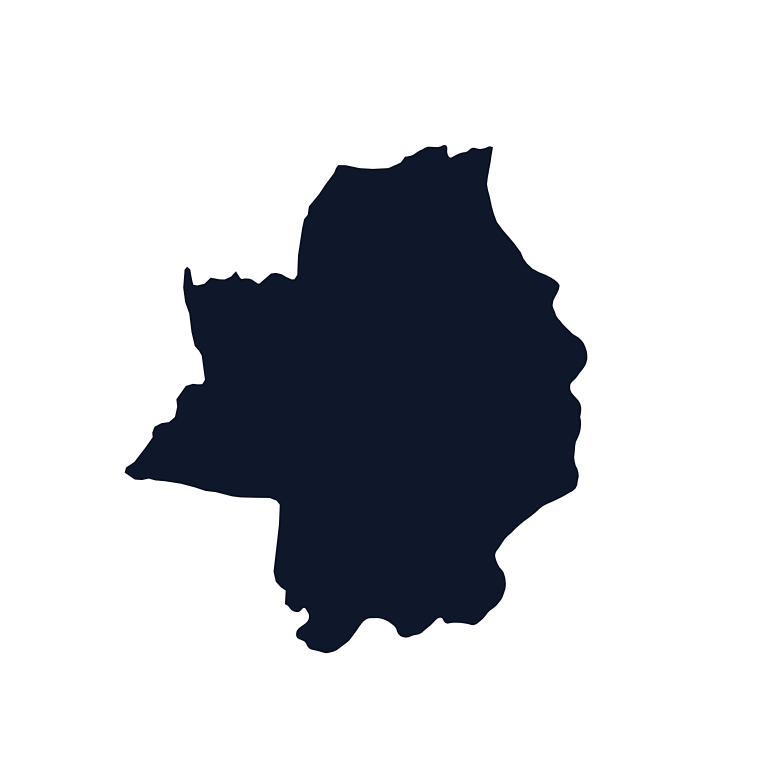 outline of Los Cerrillos, Canelones, Uruguay, rotated 219°
{"feature_id": "84410073B16408849158575", "entity_name": "Los Cerrillos", "entity_type": "district", "adm_level": 2, "iso_a3": "URY", "parent_name": "Uruguay", "parent_adm1": "Canelones", "projection": "natural_earth1", "projection_center": [-56.396, -34.629], "detail": "fine", "context": "isolated", "style": "filled", "palette": "ink", "viewbox_px": 768, "rotation_deg": 219, "n_neighbors": 0, "source": "geoboundaries", "source_scale": "gbopen_adm2", "svg_char_len": 6039}
<svg xmlns="http://www.w3.org/2000/svg" viewBox="0 0 768 768"><g transform="rotate(219 384 384)"><path d="M509.9,573.7L509.5,566.5L515.8,554.1L527.6,543.5L538.5,535.7L551.0,529.3L556.6,524.9L556.4,521.8L554.8,516.5L554.6,510.6L554.3,502.3L553.2,490.7L553.3,474.7L549.0,467.8L549.0,461.9L544.9,453.8L531.2,430.4L521.9,417.9L519.3,414.5L518.7,408.5L521.4,406.4L527.2,404.9L532.1,404.2L537.4,401.8L540.6,398.4L541.8,391.8L543.3,383.3L545.2,381.8L548.2,381.6L552.3,381.3L554.8,380.3L557.8,378.1L560.2,375.2L562.7,375.1L566.3,376.3L569.3,377.4L569.7,371.0L572.9,364.6L576.8,361.5L584.9,357.0L585.8,348.7L590.6,342.5L594.6,340.2L598.1,342.7L603.1,346.9L606.9,350.3L610.1,350.4L610.1,347.4L608.5,345.2L606.4,342.2L600.2,333.1L589.6,323.1L579.2,316.8L565.8,303.8L554.6,295.1L548.4,294.1L543.1,292.0L531.5,281.0L525.1,275.1L524.3,269.2L528.1,265.9L532.1,263.3L536.0,257.5L535.0,241.8L529.8,236.7L524.9,226.9L526.4,218.7L531.6,213.2L534.6,206.3L532.8,200.7L529.5,197.4L528.6,182.9L528.2,166.2L531.1,156.8L529.3,152.7L517.7,153.7L512.2,157.6L507.8,163.1L501.5,165.8L493.2,171.4L479.2,179.5L465.8,185.5L455.9,189.2L447.3,194.6L431.5,201.9L424.6,206.2L413.6,214.6L401.5,224.2L394.1,226.5L388.6,225.3L376.7,209.3L368.7,196.8L359.4,182.1L351.2,169.2L343.4,163.0L336.3,161.9L330.0,162.4L322.1,151.4L320.6,151.7L318.9,151.9L316.9,151.5L315.9,151.2L314.8,151.0L313.8,150.9L312.5,151.0L310.9,151.3L309.8,151.9L308.7,152.5L307.8,153.2L307.2,154.2L306.9,155.4L306.8,157.1L306.8,158.6L306.4,159.6L305.7,160.4L304.6,160.9L303.4,160.8L301.8,160.3L300.2,159.6L298.6,159.1L297.3,158.5L295.9,157.3L294.8,155.9L293.9,154.1L293.4,151.7L293.5,149.6L293.9,147.4L294.4,145.6L295.0,143.7L295.6,141.3L295.8,139.5L295.7,137.4L294.9,135.6L293.7,134.0L292.4,133.1L290.9,132.8L289.5,133.1L288.3,133.4L286.6,133.9L285.1,134.4L283.8,134.6L282.4,134.4L280.6,133.9L279.1,133.0L277.3,132.4L276.0,132.3L275.0,132.3L273.5,132.7L271.6,133.6L269.8,134.5L268.0,135.4L266.3,136.2L264.2,137.0L262.7,137.7L261.3,138.2L260.1,139.0L259.9,139.1L258.9,140.1L257.8,141.5L256.8,142.9L255.7,144.4L254.7,146.1L253.8,148.1L250.8,160.3L250.4,162.4L250.4,165.0L250.5,167.1L250.6,170.1L250.7,173.2L251.0,176.9L251.3,180.5L251.4,184.0L251.3,186.4L250.7,189.2L250.1,191.0L248.9,192.8L247.3,194.4L244.9,196.3L243.0,198.0L240.9,199.5L238.5,200.7L236.3,201.6L233.5,202.4L230.8,202.9L228.2,203.1L226.0,203.1L223.7,203.1L220.5,202.4L217.7,200.5L215.2,199.4L212.7,199.2L210.4,199.9L208.0,201.2L206.4,202.8L205.1,204.9L203.7,207.5L201.5,210.0L199.7,212.3L198.8,214.8L198.2,218.5L197.5,222.1L196.6,226.1L196.3,229.9L196.0,233.6L195.4,236.1L194.3,237.8L193.2,238.8L191.6,239.3L189.7,238.9L188.0,238.0L186.2,237.7L184.3,238.3L182.7,240.3L180.8,242.3L177.6,244.9L175.0,246.9L171.6,249.0L167.3,251.4L164.9,252.3L163.1,253.6L161.7,256.0L161.0,259.1L160.1,263.9L160.0,268.1L160.2,271.6L159.8,274.6L159.2,276.9L158.6,279.1L158.0,282.0L157.9,285.1L157.9,287.8L158.0,289.1L158.0,290.4L158.4,292.6L159.5,295.8L160.4,298.2L161.7,301.4L163.0,303.4L164.4,305.2L167.1,308.0L169.4,309.9L172.9,312.2L176.2,313.1L179.1,313.5L180.7,314.2L183.2,315.2L187.0,317.4L190.1,319.8L191.5,322.1L192.2,324.4L192.3,328.5L192.7,332.7L193.0,335.2L193.3,340.0L193.0,343.9L192.2,347.9L191.8,351.5L191.5,354.7L190.8,359.3L189.6,365.6L188.3,370.3L187.2,374.7L186.1,379.9L185.3,385.7L184.3,389.5L182.7,393.3L180.6,397.3L178.0,402.6L176.0,406.9L174.1,411.3L172.4,416.0L170.9,419.3L170.6,421.3L170.2,423.0L170.9,426.6L173.1,430.3L175.2,434.4L177.8,437.0L180.7,439.1L184.1,440.6L186.9,442.7L187.4,443.1L190.7,446.2L194.2,451.6L197.0,455.6L199.2,459.5L200.1,463.4L201.4,468.0L203.5,472.4L205.9,476.0L208.6,479.1L211.4,481.3L212.7,483.9L214.6,486.9L216.4,489.2L218.8,491.1L220.9,492.2L223.3,492.9L227.0,493.5L230.4,494.0L233.1,494.6L235.8,496.0L237.7,497.8L239.5,500.4L239.9,502.0L239.9,504.3L239.5,506.8L239.3,508.9L239.3,511.6L239.6,514.9L239.6,518.3L239.7,521.8L240.0,524.8L240.9,527.7L242.4,531.0L245.0,534.1L247.3,536.3L251.1,538.8L254.6,540.6L257.7,541.4L262.0,541.8L265.7,541.3L269.1,540.9L272.9,541.3L276.5,541.6L280.2,542.0L283.3,542.4L286.7,543.2L290.5,543.7L293.7,544.9L297.3,547.1L300.9,549.0L303.1,550.7L305.6,555.1L306.6,559.6L307.4,563.7L308.3,567.2L310.1,570.5L313.2,571.5L317.2,571.5L321.3,571.0L327.3,569.7L334.0,567.6L341.1,566.3L349.2,566.9L355.3,568.7L360.8,571.7L371.0,574.4L379.8,576.1L388.4,577.6L398.6,580.3L406.8,585.2L412.7,589.5L415.3,591.6L420.5,595.8L423.5,598.0L425.0,599.0L425.5,599.4L429.5,602.9L430.3,603.6L434.0,609.5L435.2,611.7L437.8,616.4L438.6,617.9L441.2,622.7L444.5,628.2L447.7,633.9L448.7,635.7L450.6,634.9L451.6,633.8L451.9,633.2L452.2,632.6L452.6,631.6L453.1,630.8L453.6,630.1L454.2,629.3L454.7,628.7L455.2,628.1L455.8,627.5L456.3,626.9L456.8,626.4L457.3,626.0L457.8,625.7L458.4,625.4L459.2,625.1L459.7,624.8L460.3,624.6L460.9,624.3L461.6,624.0L462.1,623.7L462.6,623.3L463.0,622.9L463.5,622.3L463.8,621.8L464.0,621.2L464.2,620.5L464.3,620.0L464.3,619.4L464.5,618.6L464.7,617.8L464.9,617.0L465.3,616.2L465.7,615.5L466.1,614.9L466.6,614.4L467.2,613.8L467.7,613.3L468.2,612.7L468.7,612.0L469.1,611.4L469.5,610.7L470.1,609.8L470.4,609.2L470.7,608.6L471.1,607.7L471.5,606.9L471.9,605.9L472.2,605.2L472.5,604.5L472.8,603.7L473.1,603.0L473.4,602.2L473.8,601.6L474.1,601.4L474.4,601.1L475.0,600.8L475.9,600.7L476.7,600.7L477.4,600.9L478.2,601.2L479.0,601.6L479.7,602.1L480.2,602.4L480.4,602.5L480.9,603.0L481.5,603.6L482.1,604.3L482.6,604.9L482.9,605.4L483.3,606.0L484.0,606.8L484.5,607.3L485.1,607.6L485.8,607.7L486.5,607.5L487.0,607.1L487.6,606.4L488.1,605.4L488.6,604.4L489.2,603.3L490.1,602.2L490.9,601.3L492.0,600.5L493.0,599.6L493.9,599.0L495.0,598.2L495.9,597.6L497.0,596.8L497.7,596.3L498.3,595.8L498.4,595.7L498.8,595.3L499.3,594.5L499.8,593.6L500.2,592.8L500.6,591.9L500.9,591.0L501.1,590.3L501.4,589.7L501.7,589.1L501.8,589.0L502.1,588.3L502.5,587.5L502.8,586.8L503.1,585.8L503.5,584.7L503.8,583.7L504.1,582.8L504.3,581.9L504.5,581.2L504.8,580.4L505.1,579.6L505.7,578.7L506.2,577.8L506.8,577.0L507.4,576.3L508.1,575.4L508.9,574.5L509.9,573.7Z" fill="#0f172a" stroke="#020617" stroke-width="1.5"/></g></svg>